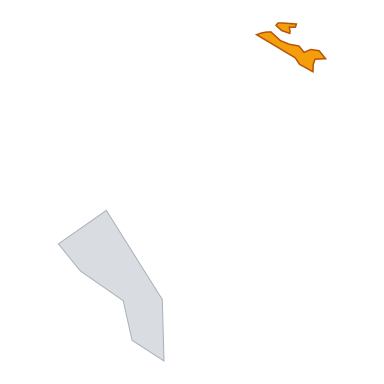 Baie Sainte Anne on a map of Seychelles (Albers equal-area conic projection)
{"feature_id": "SYC-5204", "entity_name": "Baie Sainte Anne", "entity_type": "state/province", "adm_level": 1, "iso_a3": "SYC", "parent_name": "Seychelles", "parent_adm1": "", "projection": "albers", "projection_center": [55.733, -4.314], "detail": "fine", "context": "in_parent", "style": "filled", "palette": "amber", "viewbox_px": 384, "rotation_deg": 0, "n_neighbors": 0, "source": "natural_earth", "source_scale": "10m", "svg_char_len": 597}
<svg xmlns="http://www.w3.org/2000/svg" viewBox="0 0 384 384"><path d="M162.3,299.5L164.0,361.0L132.1,340.4L123.2,300.7L80.5,271.1L58.4,243.9L106.3,210.4L162.3,299.5Z" fill="#d9dde1" stroke="#a8b0b8" stroke-width="1"/><path d="M256.6,34.7L261.4,33.0L266.0,32.1L270.9,31.9L280.4,40.6L289.3,44.3L298.9,46.0L304.1,52.4L310.7,49.5L319.1,50.7L325.6,58.7L315.0,59.2L313.2,64.7L313.0,71.8L299.5,64.3L295.2,57.8L256.6,34.7ZM276.0,25.4L278.0,23.0L282.6,23.0L293.5,23.8L296.4,24.0L295.4,27.2L289.3,27.2L290.0,31.2L289.8,33.4L281.7,30.6L276.0,25.4Z" fill="#f59e0b" stroke="#b45309" stroke-width="1.5"/></svg>